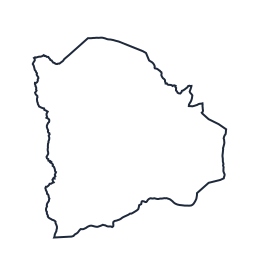 outline of Baringo North, Rift Valley, Kenya, rotated 349°
{"feature_id": "3690345B96976797039875", "entity_name": "Baringo North", "entity_type": "district", "adm_level": 2, "iso_a3": "KEN", "parent_name": "Kenya", "parent_adm1": "Rift Valley", "projection": "mercator", "projection_center": [35.764, 0.769], "detail": "fine", "context": "isolated", "style": "outline", "palette": "slate", "viewbox_px": 256, "rotation_deg": 349, "n_neighbors": 0, "source": "geoboundaries", "source_scale": "gbopen_adm2", "svg_char_len": 5661}
<svg xmlns="http://www.w3.org/2000/svg" viewBox="0 0 256 256"><g transform="rotate(349 128 128)"><path d="M138.1,201.8L139.1,202.0L140.5,202.0L141.9,202.7L143.3,203.3L144.4,203.5L146.1,203.4L147.5,203.7L148.6,203.8L150.2,203.8L151.3,204.1L152.0,204.2L152.6,204.3L153.3,204.7L153.8,205.0L154.6,205.4L154.9,205.6L155.9,206.3L156.9,207.5L157.7,208.4L158.6,209.8L159.9,211.2L161.8,212.5L164.1,213.5L166.1,214.1L168.9,215.0L171.4,215.5L173.1,215.9L175.2,216.1L176.6,215.7L178.0,214.8L179.9,212.8L181.6,210.5L182.3,208.7L182.9,207.0L183.3,205.1L196.7,197.2L208.6,196.6L212.4,195.7L212.9,194.4L213.6,193.3L214.0,191.9L213.6,190.2L213.4,188.5L213.7,187.3L214.0,185.9L214.4,184.7L214.2,183.5L214.2,182.7L214.8,181.7L214.8,180.3L214.7,179.2L214.9,178.0L215.2,176.2L215.3,174.7L215.4,173.4L215.8,172.0L216.2,170.8L216.6,169.5L217.0,168.1L217.4,166.9L217.4,166.0L218.2,164.5L218.7,163.4L219.4,162.0L219.8,160.7L219.9,159.6L220.1,157.8L219.9,156.5L220.6,155.0L221.5,153.6L222.5,152.8L223.1,151.4L223.6,149.4L224.1,148.0L217.7,141.5L208.8,134.7L203.8,128.1L203.3,127.1L204.5,126.3L205.0,124.9L205.0,123.6L205.2,122.3L205.3,120.7L205.7,119.2L205.8,118.0L204.6,118.1L203.2,117.9L201.8,118.0L200.5,118.5L198.9,118.7L197.1,118.9L195.4,119.0L193.7,118.5L191.9,118.1L192.3,116.7L193.6,115.1L194.7,114.0L195.5,112.8L196.4,111.1L196.9,109.7L197.4,108.2L196.7,106.7L195.8,105.3L195.5,104.0L196.2,102.8L196.9,101.6L197.6,100.3L198.2,99.2L198.3,98.8L197.2,98.7L196.3,98.2L195.1,98.3L194.6,98.7L194.1,99.4L192.8,100.0L191.3,100.8L190.2,101.3L189.1,101.7L188.0,101.8L187.3,103.0L186.0,104.1L184.5,103.7L183.4,102.8L183.1,101.6L182.3,100.3L182.5,99.1L182.9,97.9L182.3,96.7L182.8,95.7L181.4,94.9L179.7,95.3L179.1,94.3L177.6,93.7L175.8,93.3L175.0,92.7L174.7,91.7L173.4,91.5L173.5,90.6L173.2,89.5L173.4,88.4L173.4,88.0L173.2,87.5L172.6,86.6L171.8,85.8L171.3,84.5L171.1,84.1L170.8,82.4L171.4,80.9L171.4,79.6L170.6,78.8L170.2,77.9L169.4,77.2L168.6,76.2L167.7,75.4L166.6,74.9L166.1,74.7L165.7,74.5L165.6,73.6L166.0,72.6L165.8,71.3L165.1,69.4L164.0,67.9L162.6,66.7L161.6,65.7L160.0,57.8L159.1,57.0L158.1,56.2L157.7,55.8L157.0,55.3L135.3,41.3L132.7,40.1L130.4,38.9L127.7,37.8L126.1,37.4L124.7,36.9L122.7,35.7L120.4,34.6L119.0,34.2L117.3,34.0L115.8,33.8L114.9,33.5L113.4,33.3L112.3,33.2L111.7,33.1L111.1,33.0L110.0,32.9L108.8,32.8L107.2,32.5L105.8,32.2L83.9,45.2L79.6,47.6L78.3,48.4L77.4,49.4L76.7,49.9L76.3,50.1L75.4,50.5L74.2,51.1L73.0,51.7L71.8,51.5L71.2,51.5L70.7,51.7L69.7,51.4L68.9,51.0L68.3,50.1L67.1,49.6L66.4,48.2L65.9,47.1L64.8,46.5L64.5,45.3L63.8,44.3L63.3,43.0L61.7,42.6L60.9,41.5L59.7,41.4L59.2,40.4L57.5,41.1L55.7,41.3L54.3,41.0L52.9,41.1L51.3,41.3L50.3,40.9L49.9,41.0L49.1,41.3L49.6,42.3L49.4,43.8L48.5,44.8L47.7,45.6L46.7,47.0L47.3,48.7L47.4,50.0L47.5,51.2L47.5,51.7L47.5,52.6L47.6,53.3L48.3,54.5L48.5,55.9L49.1,56.9L48.5,58.3L49.0,59.7L49.6,61.0L49.4,62.3L49.1,62.5L48.6,63.1L48.5,64.4L47.6,65.6L46.5,66.2L45.3,65.9L45.0,67.0L45.3,68.4L45.2,69.6L45.6,70.4L45.5,71.5L45.1,72.6L45.4,73.8L44.6,74.6L43.5,75.6L43.7,76.7L43.8,77.2L44.0,77.6L44.6,78.5L45.1,79.3L45.0,79.8L45.0,80.6L44.8,80.9L44.5,81.2L44.1,82.4L44.0,83.7L43.9,84.9L44.2,86.0L44.1,87.2L44.3,87.9L44.6,88.8L44.8,89.9L45.6,90.5L46.6,91.3L48.0,92.2L49.4,92.8L49.3,94.2L50.6,95.1L51.5,95.9L52.3,96.6L51.4,97.7L50.7,98.6L50.5,99.9L50.7,101.7L49.9,102.4L51.1,103.3L52.2,104.6L52.1,106.0L51.6,107.1L50.5,107.8L49.7,108.9L48.9,110.0L48.5,111.6L48.8,113.6L49.2,115.0L48.7,116.3L48.9,117.3L49.8,118.1L49.8,119.3L48.7,120.3L48.7,120.9L48.9,122.3L48.6,123.8L48.0,125.0L47.4,125.8L47.2,127.1L46.5,128.1L46.1,129.6L45.8,130.8L45.7,131.9L45.4,132.6L45.0,133.9L44.9,135.0L44.9,135.7L45.0,136.1L44.9,137.2L44.7,138.2L44.2,138.8L43.3,139.9L42.5,140.8L42.7,142.4L43.8,143.3L43.6,144.8L43.9,145.0L44.3,145.3L45.3,145.5L46.1,146.5L45.2,147.0L45.6,147.4L46.1,147.8L46.6,148.3L46.9,148.7L47.3,149.7L46.8,150.8L47.8,151.9L48.1,153.1L48.3,154.6L48.2,155.9L48.3,157.0L48.9,157.6L48.1,158.7L47.2,160.0L47.5,161.6L46.5,162.3L45.7,162.7L46.1,163.6L44.8,163.5L44.0,164.3L44.1,165.7L44.7,167.2L43.4,167.4L41.9,168.0L40.4,167.8L39.8,168.7L38.7,169.5L37.4,170.2L36.2,170.0L35.7,170.8L35.4,171.2L35.5,172.0L35.6,172.3L35.5,173.4L36.1,175.0L36.1,176.2L36.0,177.2L36.9,178.0L37.1,179.4L37.0,181.1L37.4,182.3L36.8,183.3L36.3,184.7L35.0,185.9L34.2,186.8L33.5,188.3L33.6,189.4L33.0,190.2L32.3,191.2L31.9,192.6L31.9,193.8L32.4,194.9L32.1,195.8L32.1,197.0L32.3,197.5L32.5,198.1L32.6,198.6L32.6,199.2L32.4,199.5L32.8,200.6L33.8,201.7L35.1,202.7L36.0,203.6L37.0,204.1L37.4,204.3L38.0,204.9L38.6,205.5L39.0,206.0L38.7,207.3L38.8,208.0L39.1,209.0L39.3,210.4L39.4,210.8L39.4,211.3L39.1,212.9L38.3,214.5L38.0,215.6L37.1,216.7L36.5,217.6L36.2,218.0L35.9,218.4L35.5,219.5L35.3,219.9L35.0,220.8L34.6,221.4L51.8,223.8L53.9,223.6L54.7,222.9L55.8,222.2L57.5,221.7L58.8,221.0L59.7,220.2L60.8,219.2L62.2,218.2L63.8,218.6L64.6,218.7L65.2,218.7L65.9,218.5L66.4,218.4L67.6,218.1L69.4,217.3L70.4,217.0L72.1,216.7L73.5,216.9L74.9,217.5L76.7,218.4L78.0,218.9L79.5,219.2L80.8,219.0L82.3,218.8L83.8,218.5L84.8,218.2L85.8,218.7L87.3,219.3L88.3,220.2L89.7,220.9L91.1,221.1L92.5,221.4L93.5,222.2L94.7,221.7L94.9,221.2L95.0,220.9L95.2,220.0L95.2,219.1L95.6,217.6L97.0,216.7L99.2,216.7L100.3,216.5L101.0,216.4L101.9,216.3L102.3,216.2L103.3,215.9L104.6,215.3L105.1,215.0L106.0,214.7L107.0,214.4L107.8,214.2L109.5,213.8L110.6,213.5L111.9,213.2L113.7,212.4L115.0,212.7L116.9,212.1L119.6,211.1L121.1,210.5L122.6,209.6L123.5,207.8L124.2,205.9L126.4,205.3L126.8,204.3L127.3,203.0L128.0,202.5L128.7,202.7L129.7,203.1L130.9,204.0L131.9,204.1L132.7,203.5L133.5,202.6L134.5,201.9L134.9,201.7L135.7,201.4L137.0,201.3L137.6,201.6L138.1,201.8Z" fill="none" stroke="#1e293b" stroke-width="2"/></g></svg>